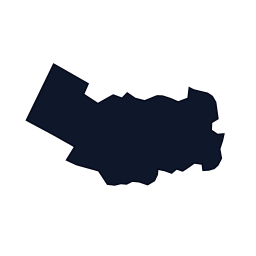 outline of Presidente Lucena, Rio Grande do Sul, Brazil, rotated 200°
{"feature_id": "56859067B94110743139040", "entity_name": "Presidente Lucena", "entity_type": "district", "adm_level": 2, "iso_a3": "BRA", "parent_name": "Brazil", "parent_adm1": "Rio Grande do Sul", "projection": "mercator", "projection_center": [-51.191, -29.525], "detail": "fine", "context": "isolated", "style": "filled", "palette": "ink", "viewbox_px": 256, "rotation_deg": 200, "n_neighbors": 0, "source": "geoboundaries", "source_scale": "gbopen_adm2", "svg_char_len": 795}
<svg xmlns="http://www.w3.org/2000/svg" viewBox="0 0 256 256"><g transform="rotate(200 128 128)"><path d="M219.7,162.6L226.1,100.6L196.7,96.4L171.6,92.2L174.8,76.9L163.8,76.0L141.0,77.8L128.1,68.2L121.0,69.9L115.8,73.4L110.2,74.9L105.9,79.5L99.2,81.3L90.2,81.5L85.2,87.6L84.6,94.2L86.0,99.6L78.6,100.6L71.6,100.6L68.4,106.2L62.0,106.3L58.0,111.7L53.8,117.8L45.9,119.5L43.0,113.9L37.9,116.1L33.2,119.5L30.9,123.9L29.9,131.4L34.7,139.7L35.0,148.5L35.9,155.2L41.7,152.5L49.0,154.3L51.4,161.7L46.7,167.5L54.5,182.2L59.7,186.5L65.1,187.8L71.3,187.1L79.3,186.2L84.2,186.8L81.7,176.5L89.7,169.6L97.9,170.1L106.5,169.8L111.7,168.1L121.6,159.2L131.4,158.2L140.7,160.6L143.7,153.9L153.2,153.9L164.6,140.6L181.4,144.5L180.6,155.9L219.7,162.6Z" fill="#0f172a" stroke="#020617" stroke-width="1.5"/></g></svg>